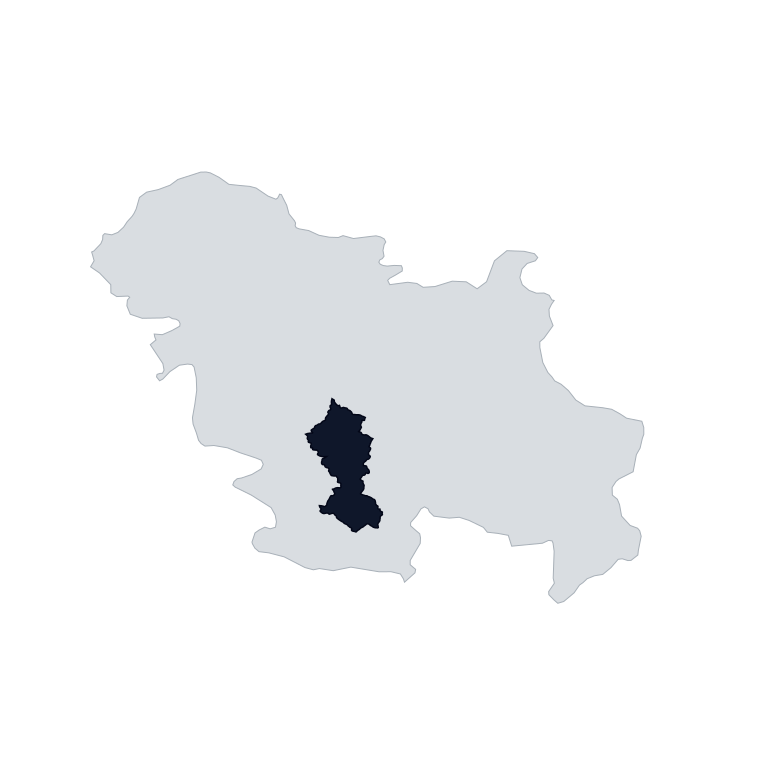 location of Moravicki within Republic of Serbia, rotated 336°
{"feature_id": "SRB-829", "entity_name": "Moravicki", "entity_type": "District", "adm_level": 1, "iso_a3": "SRB", "parent_name": "Republic of Serbia", "parent_adm1": "", "projection": "equal_earth", "projection_center": [20.274, 43.751], "detail": "fine", "context": "in_parent", "style": "filled", "palette": "ink", "viewbox_px": 768, "rotation_deg": 336, "n_neighbors": 0, "source": "natural_earth", "source_scale": "10m", "svg_char_len": 9413}
<svg xmlns="http://www.w3.org/2000/svg" viewBox="0 0 768 768"><g transform="rotate(336 384 384)"><path d="M429.7,295.6L447.0,300.7L454.9,305.5L459.1,311.6L470.2,315.7L488.1,317.8L500.7,324.1L507.8,334.9L519.3,332.3L535.0,316.4L550.5,312.2L566.0,319.8L574.4,326.1L575.9,331.0L572.4,333.0L563.8,332.1L556.8,335.1L551.4,342.1L550.7,349.6L554.6,357.5L560.1,363.0L567.2,366.0L571.0,370.2L571.5,375.4L573.4,376.9L569.4,379.3L565.1,382.9L562.7,389.2L562.2,399.4L548.6,407.3L543.5,408.8L541.2,414.1L537.8,429.0L538.4,440.2L540.3,445.9L541.2,450.6L545.7,456.3L549.8,465.1L552.7,476.7L558.7,485.7L574.1,494.6L581.7,499.7L587.4,507.2L591.7,513.9L604.4,522.9L603.6,529.4L600.9,535.6L598.0,538.6L591.9,546.7L585.8,551.2L575.9,565.5L560.0,566.3L556.3,567.4L550.3,571.3L547.4,578.4L550.3,584.2L550.1,590.0L547.3,601.3L551.3,613.3L557.0,618.9L557.9,622.1L557.0,627.7L548.8,639.3L546.3,643.5L537.9,645.6L535.0,644.5L530.6,640.6L526.6,639.4L516.6,644.1L506.4,646.9L498.3,644.8L490.4,644.5L484.9,646.4L480.8,647.2L472.7,652.1L459.7,655.8L453.6,655.0L451.4,650.3L448.9,643.6L450.0,640.6L458.6,635.3L459.6,630.2L471.4,606.0L473.7,598.1L473.7,595.6L470.6,593.8L464.0,593.9L434.7,584.1L436.0,572.8L427.3,566.8L418.1,561.4L416.5,555.4L406.2,543.2L398.6,536.4L389.0,533.0L380.7,528.0L375.8,525.0L373.5,519.3L373.5,515.9L371.0,512.7L367.0,513.1L360.3,517.6L352.0,521.4L350.6,524.3L353.6,531.0L355.7,535.3L354.8,539.3L352.2,544.4L336.2,555.8L334.4,559.8L337.5,566.2L335.5,569.1L322.1,573.4L322.5,569.9L321.7,564.2L314.0,558.3L303.2,553.6L279.2,537.8L269.9,535.7L261.7,533.9L249.9,526.3L243.9,525.0L237.1,519.5L222.5,501.3L210.1,491.4L201.6,486.3L199.3,481.5L198.8,476.4L199.1,474.7L205.6,467.6L210.5,466.6L216.9,466.3L221.1,470.0L226.6,470.7L229.7,466.1L231.3,459.5L230.6,451.0L217.5,431.4L206.1,417.7L204.8,414.7L207.3,412.1L211.3,410.8L215.5,411.9L226.6,412.9L237.3,411.6L241.0,408.3L241.0,403.8L237.1,399.7L224.7,388.4L215.0,378.6L203.6,371.0L195.2,367.9L192.7,364.1L191.7,360.0L192.7,352.5L193.3,342.9L195.3,336.9L203.0,325.5L210.4,313.5L215.0,302.0L217.4,291.3L216.5,288.2L212.7,285.9L204.7,283.6L193.5,285.6L184.0,289.5L180.3,289.8L179.1,285.0L180.6,282.9L183.6,283.2L186.0,284.1L188.7,281.9L190.3,275.4L186.5,253.0L193.6,251.0L193.7,247.7L194.4,244.9L201.6,248.8L211.9,248.9L220.9,248.1L222.3,245.9L222.2,242.7L220.3,240.2L217.2,238.2L214.9,235.1L208.8,233.7L189.8,225.6L180.6,217.1L180.9,208.0L183.7,203.0L187.0,201.3L186.0,199.6L175.4,195.4L171.6,189.6L174.8,182.1L169.3,166.9L163.6,157.6L169.3,153.5L170.2,147.8L170.6,144.5L173.0,144.5L182.3,140.7L185.7,137.6L187.6,133.9L189.9,133.0L196.0,137.0L202.6,137.3L209.9,134.8L215.4,131.3L222.0,128.4L225.0,126.5L228.8,123.3L236.5,114.1L245.2,112.2L256.9,114.6L269.5,115.4L278.9,113.3L302.8,115.9L307.9,118.1L311.2,120.5L317.5,128.3L323.5,138.5L331.8,143.3L341.8,148.9L346.9,153.0L354.5,165.2L360.4,171.2L362.4,170.9L364.4,169.4L365.8,168.1L367.3,169.3L367.4,173.0L367.8,181.2L366.4,190.0L368.6,198.4L368.7,201.0L367.2,203.3L367.4,205.5L369.5,207.7L377.6,213.2L385.1,221.7L393.8,227.7L401.9,231.6L406.9,231.8L415.3,238.7L431.7,243.7L437.0,245.4L440.6,248.2L443.2,251.5L443.4,255.0L440.9,256.7L437.4,261.5L436.0,267.3L433.4,268.8L430.7,268.9L428.8,270.6L429.3,273.1L431.5,275.5L434.9,277.6L441.5,279.8L448.0,283.0L447.9,285.5L446.6,288.2L438.4,289.2L432.3,289.7L429.5,290.8L429.7,295.6Z" fill="#d9dde1" stroke="#a8b0b8" stroke-width="1"/><path d="M351.6,429.4L348.7,431.3L347.8,432.4L346.8,433.2L346.1,434.1L345.0,434.9L344.9,435.1L344.8,435.4L344.9,435.6L345.5,436.7L345.6,437.0L345.5,437.5L345.3,437.9L343.7,439.3L342.3,440.0L342.0,440.4L341.7,441.1L341.2,441.8L341.2,442.1L341.3,442.6L341.8,443.6L342.0,444.3L342.0,444.5L341.9,444.8L341.5,445.2L340.7,445.8L340.3,446.0L339.3,446.3L337.9,446.1L337.4,446.1L335.9,447.0L334.4,447.3L333.6,447.6L333.2,447.8L332.7,448.4L332.2,449.8L332.0,450.2L334.1,451.4L334.5,451.8L334.6,452.1L334.4,453.2L334.4,454.3L334.6,454.9L335.1,456.3L335.1,456.6L335.0,457.7L334.6,458.7L334.5,458.9L334.0,459.2L333.6,459.3L333.2,459.2L332.7,459.0L331.7,458.1L331.3,457.9L330.9,458.1L330.2,458.8L329.5,459.2L328.7,459.2L327.5,458.8L327.0,458.9L325.6,459.9L324.5,460.5L323.6,461.1L323.5,461.3L323.5,461.6L324.2,462.8L324.6,463.5L325.2,464.0L325.2,464.3L325.1,464.7L324.8,465.0L324.5,466.2L324.5,467.1L324.6,467.9L324.6,468.5L323.5,470.3L323.2,471.1L322.6,471.8L322.0,472.3L318.4,474.2L318.0,474.5L317.9,474.7L318.0,474.9L318.7,475.7L319.4,476.6L320.2,477.2L321.7,478.6L322.7,479.0L323.1,479.3L323.8,480.4L324.9,481.3L326.3,483.0L326.9,484.3L327.3,484.8L327.9,485.3L328.3,485.8L328.4,486.5L328.4,487.3L328.0,488.9L327.9,489.3L327.6,489.9L327.5,490.3L327.7,491.0L327.9,491.9L328.5,492.7L328.7,493.0L328.7,493.3L328.6,493.5L328.5,493.8L327.9,494.7L327.7,495.0L327.7,495.3L327.8,495.6L328.3,496.1L329.4,496.6L329.3,497.1L329.0,497.9L329.0,498.4L329.1,498.7L329.6,499.4L330.1,499.9L330.4,500.3L330.3,500.6L329.7,501.4L329.5,501.8L329.6,502.3L329.3,502.7L328.7,503.0L327.6,503.1L326.8,503.5L326.2,504.2L325.8,505.2L325.2,506.0L324.8,506.9L324.5,507.2L323.9,507.8L322.8,508.3L321.5,509.2L321.2,509.5L321.0,510.7L320.4,512.8L319.9,512.9L319.4,512.8L318.5,512.2L317.4,511.7L316.6,511.0L316.0,510.5L315.8,510.2L315.0,508.8L313.9,507.5L313.8,507.0L313.6,506.3L312.5,505.2L311.4,504.8L311.0,504.8L309.8,505.3L308.5,505.5L306.9,506.0L304.3,506.1L303.8,506.2L302.3,506.8L300.0,507.1L298.9,507.7L298.5,507.8L298.0,507.6L297.0,506.6L296.0,506.0L295.2,505.3L294.9,504.6L294.9,504.2L295.0,504.0L295.6,503.2L295.7,502.7L295.6,502.4L295.5,502.1L294.4,500.8L294.2,500.1L293.5,499.0L293.4,498.1L293.3,497.8L292.2,496.5L291.1,495.3L290.9,495.0L290.6,493.8L290.4,493.5L289.1,491.9L288.3,490.6L287.6,489.5L286.5,487.4L286.4,486.7L286.4,486.3L286.7,485.2L286.7,484.9L286.4,484.4L286.0,484.0L285.9,483.7L285.5,481.9L285.0,481.4L283.8,481.0L281.7,480.8L281.1,480.7L280.8,480.4L280.4,479.3L280.0,479.0L278.7,478.4L277.0,478.1L276.2,477.8L275.6,477.3L275.1,476.8L273.9,474.5L273.9,474.3L274.0,474.0L274.2,473.7L275.5,472.9L275.8,472.4L275.7,471.8L275.4,471.0L275.3,470.5L275.3,469.7L275.5,468.8L277.3,469.8L278.8,470.9L279.5,471.6L279.9,471.8L280.3,471.9L280.7,471.9L282.5,471.2L282.8,470.9L283.2,470.0L284.9,468.2L285.3,467.9L286.6,467.2L289.4,464.9L289.9,464.6L290.5,464.6L291.8,465.2L292.3,465.3L293.3,465.0L294.1,464.5L294.5,463.9L294.5,463.7L294.4,462.8L294.5,462.0L294.5,460.2L294.1,459.7L294.1,459.2L294.8,459.2L295.2,459.5L295.7,459.6L297.1,459.3L298.6,459.6L299.4,459.8L301.4,460.9L302.0,461.0L302.5,460.8L303.0,460.1L303.3,459.1L303.9,458.0L304.0,457.6L304.0,457.1L303.8,456.7L303.4,456.3L302.3,455.5L301.8,455.0L301.7,454.7L301.8,454.3L302.5,453.4L302.9,452.4L303.4,451.3L303.4,450.9L303.1,450.0L303.0,448.8L302.9,448.7L302.7,448.5L301.3,447.9L300.6,447.5L298.9,446.4L298.6,446.0L298.5,445.7L298.5,445.1L298.3,444.1L298.4,442.6L298.0,441.1L298.1,440.8L298.4,440.3L299.2,439.5L299.3,439.1L299.2,438.8L298.8,438.0L298.4,437.6L297.4,436.9L296.6,435.7L296.6,435.1L296.7,434.7L296.7,434.1L296.6,433.6L296.2,433.2L295.3,432.8L295.0,432.4L294.8,432.1L294.7,431.8L294.7,431.2L295.2,429.9L296.1,429.0L296.6,428.0L297.0,427.6L297.3,427.4L297.8,427.3L299.0,427.4L299.9,427.4L302.0,426.9L300.2,426.2L299.0,425.7L297.8,425.0L296.0,423.6L294.9,422.1L294.6,421.5L294.7,421.1L295.0,420.7L295.9,420.1L296.4,419.4L296.5,419.2L296.5,418.9L296.3,418.5L296.0,417.7L295.6,416.8L295.1,416.8L294.7,416.6L292.9,415.6L292.4,415.1L292.2,414.9L292.3,414.4L292.7,413.7L292.7,413.3L292.6,413.1L292.4,413.1L291.6,412.8L291.3,412.5L291.3,412.1L291.8,410.8L292.9,409.6L293.3,408.8L293.3,408.5L293.0,408.0L291.6,406.8L291.4,406.6L291.3,406.1L291.4,405.7L291.9,405.1L292.1,404.7L292.0,404.3L291.7,403.3L291.7,402.7L292.0,402.1L292.8,401.1L292.9,400.8L293.0,400.5L292.9,400.0L292.0,398.0L293.4,398.1L294.3,398.2L295.5,398.6L296.8,398.9L298.2,399.6L298.7,399.6L299.0,399.5L299.0,399.3L298.5,397.7L298.5,397.4L298.6,396.8L298.7,396.6L299.1,396.4L301.4,396.0L302.3,396.0L302.7,395.7L303.2,395.0L303.7,394.6L304.2,394.3L304.8,394.2L306.2,394.4L307.7,394.0L308.0,394.0L309.2,394.4L309.8,394.4L310.6,394.1L312.4,393.3L313.2,393.2L315.2,393.2L315.8,393.1L316.1,392.8L316.6,391.5L317.2,390.9L319.1,389.9L320.3,389.4L321.1,388.8L321.3,388.3L321.2,387.3L321.2,387.0L321.6,386.5L322.3,386.1L322.8,385.8L323.5,385.8L324.4,385.8L324.6,385.8L325.0,385.5L325.3,385.0L325.4,384.7L325.3,383.4L325.5,382.9L325.8,382.1L326.2,381.8L327.6,381.6L327.9,381.3L328.0,381.0L328.3,379.8L328.6,379.1L329.1,378.1L330.5,376.3L330.9,377.0L331.7,377.9L331.9,378.4L331.9,378.7L331.5,379.9L331.4,380.2L331.8,382.0L332.3,383.6L332.9,384.8L333.4,385.2L334.1,385.4L334.6,385.4L334.6,386.3L334.4,387.4L334.4,387.7L334.4,388.0L334.6,388.2L334.9,388.4L335.4,388.6L336.8,388.8L337.4,388.9L337.7,389.1L338.6,389.9L339.3,390.3L340.1,390.9L340.4,391.4L340.6,392.9L340.8,393.2L342.1,394.5L342.7,396.0L342.9,396.4L342.9,397.2L342.8,398.6L343.0,398.9L343.1,399.1L343.7,399.5L344.8,400.0L346.3,400.9L348.3,401.8L349.1,402.3L350.0,403.1L350.6,404.2L351.9,405.3L353.3,407.0L352.3,407.9L351.9,408.4L351.7,408.9L351.3,409.2L351.1,409.2L350.8,409.1L349.4,408.2L349.1,408.2L348.8,408.3L348.6,408.6L348.6,409.2L348.4,409.6L346.7,410.9L346.4,411.3L346.0,411.9L345.8,412.6L345.7,412.9L345.8,413.9L345.8,414.2L345.6,414.5L343.1,416.4L341.5,417.2L342.1,417.9L343.0,418.5L343.3,419.0L343.4,419.5L343.5,421.0L343.6,421.3L343.8,421.6L345.2,422.5L346.9,423.1L347.6,423.7L348.4,424.8L348.8,425.6L350.0,427.9L351.6,429.4Z" fill="#0f172a" stroke="#020617" stroke-width="1.5"/></g></svg>